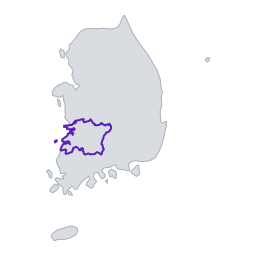 location of North Jeolla within South Korea
{"feature_id": "KOR-2499", "entity_name": "North Jeolla", "entity_type": "Province", "adm_level": 1, "iso_a3": "KOR", "parent_name": "South Korea", "parent_adm1": "", "projection": "orthographic", "projection_center": [126.968, 35.705], "detail": "fine", "context": "in_parent", "style": "outline", "palette": "violet", "viewbox_px": 256, "rotation_deg": 0, "n_neighbors": 0, "source": "natural_earth", "source_scale": "10m", "svg_char_len": 5689}
<svg xmlns="http://www.w3.org/2000/svg" viewBox="0 0 256 256"><path d="M68.1,50.6L69.2,49.8L69.2,48.7L69.2,45.0L72.1,42.4L76.2,37.1L78.2,34.3L80.5,31.6L83.1,29.8L85.7,28.9L89.7,28.5L97.5,28.8L99.0,28.5L104.4,28.2L105.7,28.7L109.7,28.9L114.0,28.6L116.2,27.8L118.2,26.4L119.9,24.0L121.7,19.5L123.6,16.0L124.7,15.4L133.0,33.8L140.9,45.6L147.6,54.2L157.3,70.7L160.3,79.6L160.7,85.1L162.4,92.7L161.2,97.1L161.8,104.0L161.3,107.5L160.2,110.2L160.3,115.2L160.7,117.8L160.8,121.4L161.6,122.7L162.7,123.2L164.4,121.9L166.5,121.3L166.3,125.6L164.0,136.5L161.9,144.4L159.1,151.3L155.3,157.7L150.7,160.2L147.4,161.2L141.2,161.6L136.0,160.6L131.5,161.5L129.7,162.8L128.4,165.1L129.5,168.5L129.4,171.1L127.5,170.9L123.6,169.5L119.4,169.3L117.5,168.6L115.4,165.0L113.4,165.1L109.9,167.3L104.5,167.9L102.6,169.1L102.0,170.6L102.8,172.5L105.5,175.0L104.6,177.6L101.8,178.9L99.5,175.7L98.0,172.7L96.5,172.5L94.0,173.4L93.5,176.7L94.7,179.0L96.6,181.6L93.9,184.6L93.2,186.8L91.3,188.3L86.1,184.9L86.9,182.5L89.1,180.1L89.4,177.7L88.6,176.2L81.3,182.4L76.7,189.4L74.3,188.9L73.2,187.1L71.8,186.3L66.9,190.8L66.0,194.4L64.1,194.5L63.4,193.0L63.3,189.8L62.5,187.0L57.4,183.0L55.1,179.6L56.4,177.6L60.6,178.7L64.0,178.6L63.3,176.9L62.2,176.2L64.5,175.2L66.3,173.3L64.8,172.8L62.4,173.9L60.5,173.4L59.7,168.8L57.3,164.1L56.1,159.6L58.5,157.0L59.7,153.0L61.9,147.1L63.0,145.2L66.1,143.9L67.2,142.4L65.5,141.6L62.9,140.9L62.9,139.2L64.7,138.3L66.8,136.4L70.7,134.1L71.9,129.9L70.8,128.8L68.3,127.8L68.9,125.6L69.9,124.0L69.5,123.0L66.7,120.2L64.8,117.6L65.4,114.7L64.9,110.4L65.2,106.7L65.1,104.7L63.7,100.2L63.1,95.7L61.3,96.4L59.8,97.5L54.6,95.9L52.9,95.7L52.3,92.4L54.2,88.3L58.7,84.7L61.2,84.3L63.2,82.7L66.2,82.2L69.8,84.7L73.0,85.2L74.8,89.4L75.9,90.3L76.2,88.8L78.8,86.9L79.4,85.6L78.8,84.8L75.8,84.1L73.1,78.8L72.8,76.5L71.8,75.0L73.2,70.8L70.1,66.0L68.6,64.5L68.9,60.2L67.3,57.4L66.4,55.9L65.8,53.3L66.3,52.1L67.7,51.7L68.1,50.6ZM56.8,239.7L55.3,240.6L53.8,240.1L53.4,239.6L51.7,237.3L51.3,236.0L52.5,233.7L57.3,229.9L69.7,226.3L71.9,226.1L76.8,227.7L77.8,230.7L76.9,233.2L75.8,234.9L70.1,237.8L65.7,239.2L56.8,239.7ZM139.6,173.9L136.4,176.5L132.0,173.2L130.9,171.3L134.2,168.4L136.9,165.2L138.7,165.0L139.6,173.9ZM116.5,173.9L116.2,178.0L113.8,178.2L112.3,175.6L110.8,176.9L110.0,176.9L108.8,173.7L108.5,171.2L111.4,169.2L113.1,170.4L115.6,170.9L116.5,173.9ZM53.9,192.1L51.8,192.7L50.5,191.3L49.7,190.9L50.2,189.0L53.8,185.4L54.5,184.1L57.8,184.9L59.0,186.9L57.4,189.8L53.9,192.1ZM64.4,52.4L64.2,57.9L62.4,57.7L61.2,57.1L60.7,56.0L59.5,50.9L60.9,48.9L63.5,50.5L64.4,52.4ZM52.0,177.1L51.5,178.1L50.0,177.8L48.5,174.9L47.9,172.7L46.4,171.4L48.8,169.5L51.9,173.0L52.0,177.1ZM60.7,104.1L60.3,106.7L58.1,105.0L57.5,99.1L59.7,100.8L60.7,104.1ZM209.1,60.6L207.7,61.9L205.8,60.7L205.6,59.4L206.4,58.2L208.6,57.5L209.6,58.4L209.1,60.6ZM71.7,193.3L72.3,195.3L69.5,194.9L68.1,193.0L68.3,191.4L69.9,191.1L71.7,193.3ZM107.5,181.9L107.1,183.2L105.4,181.3L107.1,179.2L107.5,181.9Z" fill="#d9dde1" stroke="#a8b0b8" stroke-width="1"/><path d="M61.1,150.6L60.7,150.1L60.5,149.7L60.8,148.7L61.3,147.5L62.3,145.3L63.0,144.2L64.2,143.8L65.4,143.6L66.5,143.5L67.0,143.1L67.5,142.5L68.1,142.3L68.7,143.0L69.3,143.7L69.8,143.9L69.4,142.3L69.1,141.6L68.5,141.3L63.8,142.1L62.1,141.0L62.2,139.9L62.2,139.5L63.0,139.1L63.7,138.4L64.4,137.7L65.4,137.1L66.6,136.4L67.6,135.1L67.7,133.9L68.2,133.6L68.6,133.3L68.8,133.1L70.0,133.0L71.2,133.2L72.0,133.8L72.5,133.9L72.8,134.5L73.0,134.2L73.1,133.7L73.2,133.2L72.7,132.9L72.4,132.6L71.7,132.3L71.0,131.8L70.4,131.4L70.1,131.2L70.2,130.8L70.5,130.5L70.8,130.2L71.1,130.2L73.0,130.3L73.4,130.3L73.7,130.1L73.9,129.7L73.9,129.4L74.1,129.2L74.6,129.1L74.5,128.7L74.2,128.4L73.8,128.2L73.7,128.3L71.2,129.3L70.4,129.3L68.8,129.2L67.1,129.1L67.1,128.4L67.0,127.4L66.7,127.1L65.7,126.8L64.2,127.0L64.1,125.8L67.2,125.4L68.8,125.2L70.5,125.1L71.0,124.8L71.6,125.0L72.3,124.6L73.5,123.7L75.1,123.1L75.8,122.6L75.8,122.0L73.9,122.6L75.4,120.7L77.0,120.6L78.9,120.2L82.4,119.1L83.6,119.3L83.3,121.1L84.0,122.2L85.0,122.1L85.9,121.7L87.8,121.3L88.3,121.2L88.8,120.9L89.5,120.8L89.9,120.1L90.5,119.5L91.5,120.5L93.1,123.2L94.2,123.7L94.6,123.8L94.8,124.3L94.6,124.7L94.7,125.1L96.7,125.3L97.4,125.1L98.4,125.1L99.4,124.8L100.2,124.1L101.0,123.3L101.3,123.6L101.6,123.9L101.9,123.8L102.1,123.5L102.6,123.9L103.1,124.5L104.7,124.9L105.0,125.3L105.5,125.5L106.6,124.8L107.8,124.2L108.3,124.7L108.8,125.0L109.2,124.6L109.7,124.1L111.1,126.5L110.9,129.1L109.7,130.4L109.4,131.3L107.7,132.2L106.9,132.5L106.4,132.4L106.1,132.6L105.5,134.0L104.8,134.8L104.0,135.5L103.6,136.6L103.5,137.8L103.1,138.8L102.6,139.8L102.2,141.0L101.9,142.3L101.5,143.3L101.5,144.3L102.3,144.7L102.5,145.1L102.5,145.7L102.9,146.6L102.8,147.7L103.2,148.5L103.7,148.8L103.5,150.0L102.1,151.7L101.9,152.8L101.8,153.8L101.1,154.5L99.2,153.0L97.0,152.2L95.8,152.9L94.8,154.0L93.7,154.1L92.6,154.1L91.4,154.3L90.1,154.3L89.6,153.9L89.0,153.5L88.5,153.7L87.7,153.7L86.7,153.9L85.8,154.5L84.5,154.3L83.7,153.4L83.7,152.0L83.0,151.2L82.8,150.5L83.1,149.3L82.4,148.2L81.4,148.3L81.2,148.7L80.9,149.0L80.6,149.6L80.6,150.2L79.5,150.2L77.9,148.0L76.9,147.2L76.3,146.9L75.7,146.9L75.1,147.6L74.0,147.5L73.1,148.2L73.1,148.8L73.2,149.3L72.8,149.8L72.4,150.1L72.4,150.6L72.5,151.0L72.2,151.6L71.8,152.0L71.2,152.2L70.6,152.4L70.1,152.7L69.7,153.0L68.6,153.2L67.5,153.6L66.5,153.8L65.6,153.5L65.7,152.4L65.9,151.3L66.1,149.8L65.1,149.5L61.8,150.4L61.1,150.6L61.1,150.6ZM55.1,142.3L55.0,142.1L54.9,141.9L55.0,141.6L55.3,141.4L55.1,141.2L55.4,141.0L55.5,140.9L55.8,140.8L55.8,140.6L56.3,140.6L56.5,140.4L56.8,140.4L56.9,140.7L56.8,141.0L56.1,141.5L55.7,142.0L55.4,142.2L55.3,142.3L55.1,142.3Z" fill="none" stroke="#5b21b6" stroke-width="2"/></svg>